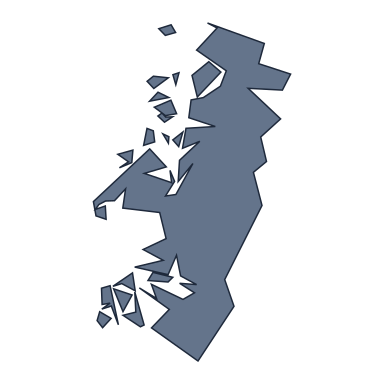 the Region of Aisén del General Carlos Ibáñez del Campo
{"feature_id": "CHL-2691", "entity_name": "Aisén del General Carlos Ibáñez del Campo", "entity_type": "Region", "adm_level": 1, "iso_a3": "CHL", "parent_name": "Chile", "parent_adm1": "", "projection": "albers", "projection_center": [-74.056, -46.391], "detail": "medium", "context": "isolated", "style": "filled", "palette": "slate", "viewbox_px": 384, "rotation_deg": 0, "n_neighbors": 0, "source": "natural_earth", "source_scale": "10m", "svg_char_len": 1909}
<svg xmlns="http://www.w3.org/2000/svg" viewBox="0 0 384 384"><path d="M264.3,43.5L258.7,63.7L290.6,74.1L282.4,90.1L248.1,88.3L280.6,118.9L260.7,137.0L266.5,161.5L253.4,172.3L262.0,205.5L224.7,279.6L234.0,306.3L198.0,361.0L151.5,327.9L169.3,309.4L139.3,287.9L156.5,298.4L151.4,284.3L183.0,299.4L194.5,292.8L179.6,283.3L196.6,284.6L180.6,275.9L176.5,255.3L168.1,274.6L134.7,267.1L163.2,260.3L143.1,249.5L166.1,238.6L159.7,212.5L122.8,208.1L125.6,188.8L114.5,200.7L105.6,201.0L98.9,204.5L95.4,209.4L105.3,206.0L106.1,219.3L96.0,215.9L93.4,201.6L149.7,148.9L166.3,166.9L144.3,173.4L171.6,182.7L170.0,170.4L174.6,181.4L165.5,196.0L175.9,194.5L192.9,163.5L178.2,181.5L179.5,160.3L199.8,141.3L182.5,148.3L186.0,128.3L215.3,126.5L188.8,117.7L191.1,99.9L203.3,97.6L220.4,86.2L226.3,70.8L196.6,50.1L217.1,28.0L207.5,23.0L264.3,43.5ZM192.0,75.4L208.8,61.7L220.9,72.1L197.3,97.0L192.0,75.4ZM118.4,324.8L111.3,306.0L101.8,309.1L110.1,303.1L102.1,304.5L101.5,288.2L110.1,285.7L118.4,324.8ZM134.8,292.0L144.1,325.0L140.4,326.8L123.0,315.3L135.8,312.1L134.8,292.0ZM123.0,311.6L113.6,288.8L132.1,295.0L123.0,311.6ZM176.6,113.7L165.5,115.6L154.3,107.2L170.9,100.2L176.6,113.7ZM112.9,286.3L132.5,272.9L135.2,290.8L121.8,283.6L112.9,286.3ZM168.3,77.8L153.8,88.5L147.1,81.3L153.4,76.2L168.3,77.8ZM148.0,280.5L153.0,272.4L172.8,277.3L168.1,282.0L148.0,280.5ZM132.9,150.1L131.8,162.6L119.4,167.8L128.5,161.8L117.8,154.3L132.9,150.1ZM111.1,318.4L102.6,327.7L97.1,320.6L99.7,311.7L111.1,318.4ZM143.6,145.4L147.0,128.4L153.3,130.8L154.7,141.9L143.6,145.4ZM172.8,139.9L182.9,132.0L178.7,146.6L172.8,139.9ZM149.6,101.2L158.0,92.2L168.8,97.5L149.6,101.2ZM172.6,116.8L164.5,122.2L157.9,116.0L162.0,113.0L165.7,117.1L172.6,116.8ZM158.8,28.7L171.1,24.8L175.6,32.5L165.3,35.4L158.8,28.7ZM179.0,72.7L175.8,84.7L172.9,74.7L179.0,72.7ZM168.4,143.2L162.9,133.9L168.9,136.7L168.4,143.2Z" fill="#64748b" stroke="#1e293b" stroke-width="1.5"/></svg>